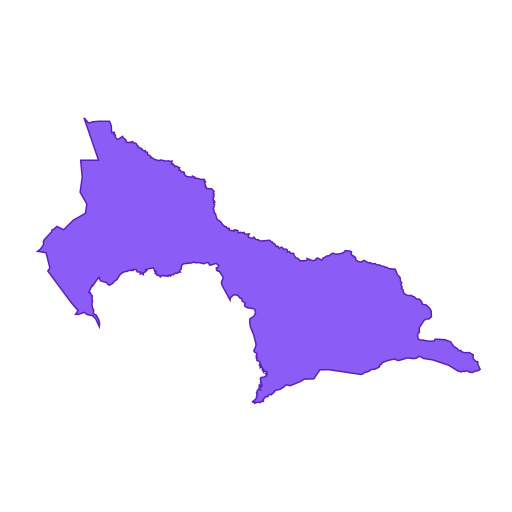 Kapenguria, Rift Valley, Kenya, rotated 87°
{"feature_id": "3690345B82211082616386", "entity_name": "Kapenguria", "entity_type": "district", "adm_level": 2, "iso_a3": "KEN", "parent_name": "Kenya", "parent_adm1": "Rift Valley", "projection": "natural_earth1", "projection_center": [35.164, 1.55], "detail": "fine", "context": "isolated", "style": "filled", "palette": "violet", "viewbox_px": 512, "rotation_deg": 87, "n_neighbors": 0, "source": "geoboundaries", "source_scale": "gbopen_adm2", "svg_char_len": 6118}
<svg xmlns="http://www.w3.org/2000/svg" viewBox="0 0 512 512"><g transform="rotate(87 256 256)"><path d="M260.1,464.7L293.1,442.8L301.1,436.6L304.8,439.2L305.0,436.5L303.3,430.3L305.6,427.8L307.1,422.2L310.5,419.3L318.3,416.2L315.3,415.7L311.3,416.4L306.4,418.8L305.8,420.5L304.7,421.3L301.0,421.0L299.9,421.9L295.1,422.4L292.5,421.6L290.9,422.0L287.3,421.5L285.5,423.0L284.0,423.3L283.8,424.9L278.6,422.2L277.1,420.6L276.8,421.1L275.7,419.3L270.6,415.6L268.6,413.1L270.3,414.0L272.8,412.2L274.9,406.3L276.6,405.4L277.5,403.9L275.3,399.8L274.0,399.0L272.2,396.0L267.9,393.1L266.2,391.1L264.7,388.0L264.7,385.8L263.5,382.7L264.1,381.2L263.6,380.3L263.9,379.3L263.1,379.0L263.2,376.4L265.7,375.4L266.0,372.1L267.9,372.6L267.4,371.0L268.6,369.5L267.1,369.5L265.8,367.0L264.6,365.9L264.0,367.1L263.5,366.7L262.5,359.0L265.8,358.0L266.2,357.6L265.7,357.2L266.5,356.5L267.0,357.4L268.3,357.6L268.6,356.1L269.9,356.0L270.6,353.2L271.7,352.9L271.9,352.4L271.1,352.1L270.5,349.5L271.2,348.8L270.9,347.9L271.8,344.9L270.6,344.8L270.4,344.1L271.6,342.5L270.4,341.4L270.3,339.3L268.9,337.6L269.1,335.3L268.1,334.1L268.1,332.5L266.9,333.2L265.1,331.4L261.3,330.7L260.0,328.9L259.5,320.4L258.7,318.4L259.6,316.8L259.6,313.2L261.0,308.5L259.9,305.6L260.8,303.4L262.6,303.0L262.8,302.1L261.3,296.2L263.6,293.7L265.4,294.7L265.8,296.3L268.0,296.1L269.2,294.9L269.1,293.6L275.3,290.0L277.3,290.2L278.7,291.3L281.2,292.0L284.0,291.2L298.6,284.2L296.5,283.8L293.6,280.4L294.1,276.5L297.4,274.0L297.7,272.5L300.0,272.3L302.8,269.1L304.5,270.0L305.8,269.7L307.6,266.4L307.4,265.0L308.2,263.3L308.4,261.2L309.4,260.0L312.7,259.4L315.9,261.1L318.4,265.3L321.1,265.7L326.2,265.4L334.8,262.4L344.1,260.6L346.7,261.1L350.6,263.2L352.2,262.1L353.2,260.4L354.5,260.3L355.8,261.2L356.8,260.3L357.7,261.1L359.3,260.3L360.1,260.7L362.2,257.3L364.9,258.2L364.7,257.0L366.0,256.5L366.6,256.6L366.3,257.7L367.9,257.7L367.5,255.8L369.8,254.4L369.8,255.7L370.4,255.7L371.6,254.5L372.5,254.5L371.5,252.8L372.6,251.0L373.2,251.0L374.0,252.6L374.9,251.1L376.1,252.5L376.6,252.2L377.5,254.7L377.5,257.3L378.7,258.1L382.0,257.6L382.9,258.2L383.6,257.3L385.9,256.8L386.3,257.2L384.9,258.6L385.0,259.6L386.8,259.4L387.3,258.2L388.0,259.9L389.8,258.5L389.4,260.6L390.8,262.0L391.7,261.7L392.6,262.6L394.0,262.5L394.6,261.8L396.2,262.9L397.1,262.6L399.1,264.0L401.2,267.1L402.1,266.6L402.0,264.4L402.9,264.7L402.0,261.7L402.6,259.5L401.4,258.0L401.8,256.9L401.2,256.1L399.3,256.3L398.3,254.7L397.1,254.2L397.2,251.9L396.6,251.1L395.7,251.3L394.9,249.3L395.4,248.0L392.2,244.3L391.3,244.1L390.5,239.3L388.1,234.8L386.2,233.0L387.3,228.7L383.6,218.1L381.5,214.3L381.7,204.7L373.0,198.1L373.3,189.5L379.8,157.3L379.1,155.0L377.9,153.7L377.6,151.1L376.6,148.5L375.4,147.0L375.2,143.0L373.6,139.3L373.0,138.4L371.4,138.2L370.6,136.4L369.2,135.6L367.4,130.4L366.1,123.4L367.9,119.3L365.7,110.1L366.8,103.6L366.3,100.8L364.7,98.4L365.4,96.3L367.0,94.4L369.0,84.9L375.2,69.3L381.7,59.9L381.9,58.2L382.5,57.5L381.7,54.7L382.3,53.9L381.6,51.3L383.1,49.1L383.6,45.8L382.5,43.3L382.0,39.7L380.9,38.1L375.8,40.2L373.2,40.0L372.6,42.3L370.1,44.3L368.2,44.7L366.1,44.2L363.6,48.1L363.5,52.5L362.6,55.3L361.0,56.4L361.2,58.3L359.2,59.8L356.2,63.6L351.8,66.2L349.4,71.9L348.4,81.5L350.3,82.8L350.1,88.0L348.6,94.2L348.5,96.7L346.9,98.6L342.4,98.7L340.8,96.9L336.2,96.7L328.9,91.4L327.7,88.6L328.0,86.7L325.9,84.0L320.2,83.9L317.5,85.2L313.9,88.5L312.8,92.6L310.7,92.7L307.8,94.9L307.1,98.6L305.3,99.7L304.4,102.0L303.5,102.8L303.4,106.8L301.2,110.2L297.0,111.2L296.2,112.4L294.3,111.7L292.3,113.0L290.5,111.9L288.3,113.1L284.9,113.3L282.1,115.8L276.5,117.6L275.5,124.3L274.2,125.6L274.0,127.7L273.0,128.8L272.6,131.4L271.4,132.9L271.2,135.9L269.8,137.3L269.9,140.7L268.7,141.8L268.6,144.2L266.0,148.4L267.5,151.3L266.8,154.3L265.3,156.4L262.5,156.8L261.9,158.0L260.9,158.6L260.8,159.9L258.6,160.8L257.0,160.4L256.1,161.5L255.4,165.7L255.5,166.8L257.2,168.4L258.3,172.5L258.3,176.2L257.4,178.5L257.5,180.1L259.5,182.8L259.6,184.8L261.7,189.3L263.7,190.5L261.2,194.6L261.6,195.8L263.2,196.8L263.5,198.7L263.5,200.2L261.2,205.1L262.7,204.9L263.2,206.0L263.1,212.3L261.1,213.7L260.1,215.3L260.1,216.3L257.1,218.0L255.3,218.3L255.1,221.5L253.3,222.4L253.6,224.7L251.5,224.4L250.6,225.8L250.8,227.7L248.5,229.8L249.5,232.6L247.3,233.7L247.5,235.5L245.0,236.6L244.1,238.4L243.0,238.7L242.8,239.9L241.0,241.4L241.3,251.1L239.9,252.9L239.5,255.3L237.0,257.2L238.3,258.9L237.0,262.3L235.7,262.7L233.6,261.6L233.8,265.5L231.7,266.9L232.2,268.3L231.5,270.3L232.1,272.3L229.5,273.0L228.8,275.6L229.0,276.7L230.1,276.8L229.2,279.1L229.1,281.4L227.0,281.2L226.7,283.6L225.2,284.2L224.9,285.5L222.9,287.7L220.1,289.4L217.2,293.0L211.5,294.4L209.8,295.8L208.4,295.4L206.9,296.2L202.4,294.6L200.6,295.7L200.1,294.3L198.5,295.0L198.2,295.8L197.3,295.5L196.4,296.1L194.5,294.9L193.7,295.5L192.5,294.5L190.7,295.2L189.3,294.5L186.6,296.7L186.0,301.9L184.5,302.0L183.8,303.1L182.9,302.7L179.4,303.7L179.4,302.6L176.7,303.7L176.7,307.1L175.6,309.6L175.2,312.7L175.1,313.2L174.3,312.7L172.9,315.3L174.0,315.7L173.1,320.7L172.2,322.1L170.1,323.5L168.9,323.2L168.2,324.4L168.3,326.2L166.6,326.8L165.9,328.6L163.9,327.6L162.0,331.3L162.5,332.4L161.2,332.7L160.7,334.1L159.6,334.1L159.6,335.8L156.8,334.8L157.0,337.1L156.3,338.4L156.6,340.8L155.1,346.0L155.6,346.9L155.2,349.6L154.0,352.7L152.8,353.9L152.1,356.1L151.1,355.8L149.7,357.5L149.7,358.3L148.8,359.0L147.1,358.9L146.6,359.2L146.5,360.9L145.0,361.0L145.1,362.6L143.2,364.8L142.7,364.6L141.2,368.0L139.8,368.1L138.9,369.3L137.6,369.6L136.0,373.2L135.3,373.3L135.3,374.0L136.1,374.8L135.6,376.4L136.1,377.3L135.9,378.9L132.8,380.3L130.8,382.7L129.6,383.0L132.5,388.0L130.4,390.1L127.8,390.1L126.8,391.8L125.5,390.8L125.0,391.1L125.2,393.7L118.3,393.7L113.8,395.2L113.2,406.1L113.5,412.7L114.5,415.4L114.2,416.3L109.1,420.5L152.1,408.2L151.2,426.1L168.0,425.4L183.1,428.3L195.2,422.2L204.4,424.1L210.7,436.6L219.7,446.7L216.0,453.2L218.7,456.6L219.3,458.4L221.1,458.8L228.6,466.5L230.7,467.7L232.9,467.4L234.7,468.4L237.7,470.8L239.9,473.9L241.7,465.5L255.7,462.7L257.5,462.7L260.1,464.7Z" fill="#8b5cf6" stroke="#5b21b6" stroke-width="1.5"/></g></svg>